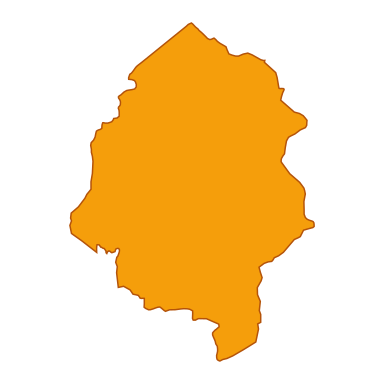 the district of Bouca, Ouham, Central African Republic
{"feature_id": "33826404B6253227494909", "entity_name": "Bouca", "entity_type": "district", "adm_level": 2, "iso_a3": "CAF", "parent_name": "Central African Republic", "parent_adm1": "Ouham", "projection": "natural_earth1", "projection_center": [18.249, 6.335], "detail": "fine", "context": "isolated", "style": "filled", "palette": "amber", "viewbox_px": 384, "rotation_deg": 0, "n_neighbors": 0, "source": "geoboundaries", "source_scale": "gbopen_adm2", "svg_char_len": 3441}
<svg xmlns="http://www.w3.org/2000/svg" viewBox="0 0 384 384"><path d="M300.3,236.6L303.5,230.2L306.5,229.3L310.8,228.1L312.8,227.6L314.1,226.5L314.1,225.0L313.9,222.9L313.1,221.6L312.1,221.1L309.8,220.4L308.3,219.8L306.7,218.9L305.3,217.4L304.1,214.2L304.1,209.9L303.9,201.5L305.3,194.0L304.7,190.9L303.9,188.1L299.7,182.4L289.7,173.7L281.8,162.8L281.1,161.7L281.2,159.8L281.5,158.4L283.0,155.8L284.5,153.8L285.3,147.5L286.5,140.9L288.5,137.3L290.5,136.1L295.0,133.9L300.3,129.9L305.4,127.6L306.7,125.3L306.8,122.5L307.0,120.3L305.1,117.9L303.2,115.7L299.5,113.5L294.3,112.1L280.7,100.2L281.5,96.6L282.7,92.7L283.8,90.4L284.1,89.2L283.4,88.6L281.4,88.5L279.9,88.6L278.9,88.1L277.1,77.5L275.7,72.6L265.7,63.5L264.4,62.3L264.8,60.4L263.5,60.5L260.7,59.7L252.2,54.9L247.8,53.1L243.2,54.1L238.5,56.1L235.7,56.1L232.0,55.1L228.9,53.9L227.1,49.9L226.0,46.8L223.1,45.1L219.8,43.2L217.4,41.4L215.6,39.4L214.0,38.1L213.0,38.5L211.1,39.4L209.6,39.5L207.5,38.5L206.1,37.0L203.8,34.7L201.4,32.4L199.0,30.4L198.1,29.1L195.5,27.0L192.7,24.0L191.4,23.0L188.3,24.4L186.5,26.1L185.8,26.7L142.2,62.0L137.3,65.8L135.8,67.3L134.8,68.7L133.9,70.0L132.8,71.5L131.5,73.1L129.8,74.3L128.6,77.8L128.7,79.3L131.8,79.6L134.3,80.5L135.3,81.6L136.3,84.4L136.2,87.0L134.6,89.0L132.0,89.6L128.8,90.1L126.7,90.5L123.9,92.1L120.9,94.9L119.2,95.9L118.4,96.9L118.6,98.1L119.7,99.7L120.2,100.8L120.5,102.2L120.3,104.8L119.5,106.1L118.6,107.0L118.3,108.2L119.0,110.2L119.2,112.2L119.2,115.4L119.2,116.2L117.1,118.0L115.2,118.3L113.7,118.5L113.2,119.9L111.8,121.7L110.6,122.2L107.8,123.1L105.0,123.1L103.7,122.7L102.7,122.8L102.1,124.7L102.0,125.3L101.8,128.1L101.8,128.4L100.3,129.4L98.6,129.9L97.3,130.5L96.4,131.2L95.8,133.5L95.1,137.1L93.6,140.1L91.2,142.7L90.7,145.3L91.4,149.4L91.4,152.3L92.4,156.3L93.0,161.3L92.4,173.5L91.0,181.8L91.0,189.3L86.9,194.3L84.9,198.3L78.4,206.9L71.2,213.1L70.6,218.1L71.5,220.9L69.9,225.4L71.5,233.5L81.5,240.6L96.7,252.4L96.6,248.9L96.7,246.6L97.0,244.8L97.8,244.7L99.2,244.9L100.7,247.1L101.2,247.1L103.1,248.3L104.2,248.5L105.9,250.9L106.1,252.8L106.8,253.5L107.5,251.8L108.3,251.3L108.9,250.9L110.0,251.3L111.2,252.4L111.8,252.7L112.6,252.5L115.0,251.6L115.2,251.0L115.7,249.2L117.2,248.4L117.5,248.4L118.7,248.5L119.5,249.9L119.3,251.9L117.9,256.0L116.8,257.3L115.7,262.3L117.3,266.6L116.6,272.7L118.3,287.4L123.6,286.3L130.1,289.9L133.0,294.2L136.0,294.8L138.3,295.4L139.4,296.9L140.1,298.1L141.3,298.4L142.9,298.3L144.3,298.4L144.3,303.9L144.1,307.2L145.6,308.4L148.6,309.8L150.4,309.7L153.4,308.8L155.7,307.9L157.9,307.2L159.8,307.0L161.1,307.9L162.9,309.4L164.3,310.6L165.5,311.3L169.6,309.8L175.1,309.7L180.4,309.0L183.7,308.7L187.1,308.8L189.6,309.2L192.6,310.8L192.7,313.2L192.6,316.2L192.5,318.4L193.2,320.1L195.5,320.1L197.9,318.8L198.9,318.6L203.8,318.7L206.4,318.7L218.7,324.1L219.1,326.3L219.1,326.8L215.8,329.7L215.4,329.8L213.4,331.9L212.6,333.0L212.6,334.9L213.6,337.5L214.1,338.5L215.2,341.2L215.8,343.9L217.1,345.9L217.3,346.4L217.6,349.0L217.6,351.1L217.2,353.1L216.6,355.5L216.7,357.8L217.2,359.5L218.3,360.4L219.9,361.0L222.8,359.5L226.9,358.5L232.7,355.9L243.2,349.8L248.9,346.3L255.8,342.0L258.5,329.0L257.7,323.9L260.7,322.3L260.7,314.4L259.3,310.6L260.3,301.4L257.5,294.7L257.3,287.6L261.1,280.9L262.1,277.6L260.3,272.1L259.0,267.2L264.1,263.4L268.1,261.9L271.7,261.4L272.9,260.1L274.3,257.7L278.6,255.8L283.4,252.3L294.3,239.5L298.1,237.8L300.3,236.6Z" fill="#f59e0b" stroke="#b45309" stroke-width="1.5"/></svg>